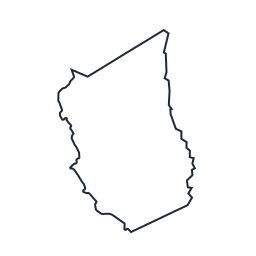 Effingham, Georgia, United States of America (Mercator projection), rotated 189°
{"feature_id": "52423323B28526478136706", "entity_name": "Effingham", "entity_type": "district", "adm_level": 2, "iso_a3": "USA", "parent_name": "United States of America", "parent_adm1": "Georgia", "projection": "mercator", "projection_center": [-81.266, 32.346], "detail": "fine", "context": "isolated", "style": "outline", "palette": "slate", "viewbox_px": 256, "rotation_deg": 189, "n_neighbors": 0, "source": "geoboundaries", "source_scale": "gbopen_adm2", "svg_char_len": 1798}
<svg xmlns="http://www.w3.org/2000/svg" viewBox="0 0 256 256"><g transform="rotate(189 128 128)"><path d="M108.8,25.7L57.1,61.1L53.9,69.3L58.1,72.7L55.8,78.8L59.6,78.8L61.6,85.4L57.0,91.5L58.3,96.7L55.7,98.7L58.9,103.0L58.4,108.5L62.4,108.8L63.4,115.4L67.2,117.6L67.9,123.2L73.6,125.7L74.7,133.0L80.6,134.7L88.0,148.2L89.1,153.1L87.9,153.6L91.3,157.1L92.7,170.9L95.3,181.2L99.6,182.9L98.7,189.1L102.3,207.4L104.4,208.1L102.8,227.8L108.0,230.3L141.3,202.0L175.9,172.4L192.8,176.7L190.4,172.3L189.5,170.8L189.3,169.8L189.7,168.9L192.2,165.2L193.1,161.8L196.3,158.0L198.2,157.2L199.2,156.5L201.5,153.2L202.1,151.9L202.1,151.1L201.2,144.6L201.0,143.8L200.6,143.3L200.1,143.0L196.6,136.8L195.9,135.3L196.1,134.5L197.5,132.6L197.3,129.9L194.8,126.6L194.2,126.0L193.7,125.9L192.4,126.6L192.1,127.4L191.9,127.7L191.4,128.0L190.9,128.1L190.5,128.1L190.2,128.0L189.9,127.8L189.8,127.5L189.9,126.8L189.9,126.3L187.6,123.9L184.6,121.7L184.4,121.1L184.5,120.7L184.9,120.0L185.1,119.2L184.9,118.4L183.5,117.1L181.1,114.2L180.9,113.9L181.9,112.2L182.2,109.3L180.9,107.3L177.9,102.9L176.1,101.2L172.5,96.1L171.4,91.1L171.8,90.5L172.7,90.0L173.4,89.5L173.8,88.9L173.9,88.3L173.9,87.8L173.5,87.2L173.3,86.5L173.3,85.8L173.5,85.2L174.0,84.7L175.2,84.5L176.9,82.8L178.7,80.1L178.9,79.6L178.4,79.1L178.0,79.0L176.9,79.3L176.1,79.2L174.3,78.0L170.0,73.6L164.8,67.4L162.7,65.5L161.1,62.4L160.9,61.2L161.0,60.7L161.6,60.2L162.3,59.8L162.5,59.2L162.3,58.2L161.5,57.7L158.7,57.3L157.7,57.4L157.1,57.7L156.0,57.3L147.6,50.3L147.9,49.0L148.4,48.0L148.4,46.7L148.3,46.3L146.9,42.4L146.2,41.7L140.8,39.1L140.4,39.0L139.5,39.1L136.6,39.8L132.6,40.4L129.8,39.7L116.5,33.2L116.0,30.3L115.8,27.9L115.6,27.4L114.9,27.1L114.4,27.0L113.3,28.2L112.3,28.3L111.7,28.0L108.8,25.7Z" fill="none" stroke="#1e293b" stroke-width="2"/></g></svg>